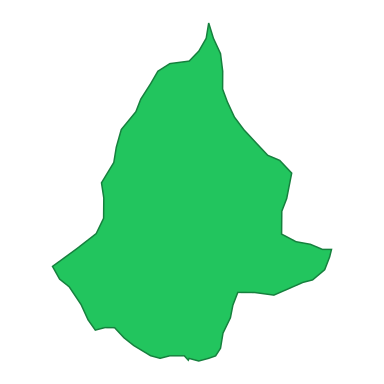 outline of Sohung, Hwanghae-bukto, North Korea
{"feature_id": "82179303B44729459459193", "entity_name": "Sohung", "entity_type": "district", "adm_level": 2, "iso_a3": "PRK", "parent_name": "North Korea", "parent_adm1": "Hwanghae-bukto", "projection": "albers", "projection_center": [126.204, 38.534], "detail": "fine", "context": "isolated", "style": "filled", "palette": "green", "viewbox_px": 384, "rotation_deg": 0, "n_neighbors": 0, "source": "geoboundaries", "source_scale": "gbopen_adm2", "svg_char_len": 940}
<svg xmlns="http://www.w3.org/2000/svg" viewBox="0 0 384 384"><path d="M331.5,249.4L322.4,249.4L310.4,244.3L296.0,241.7L281.6,234.1L281.7,221.4L281.8,211.2L286.7,198.5L290.9,177.1L291.7,173.1L279.7,160.4L267.7,155.3L255.8,142.6L243.9,129.8L234.4,117.1L227.3,101.8L222.6,89.1L222.7,71.3L220.5,53.6L213.4,38.3L208.7,23.0L206.2,38.3L198.9,51.0L189.2,61.1L169.9,63.6L157.9,71.2L150.6,83.8L140.8,99.1L135.9,111.7L121.3,129.5L120.7,131.6L116.3,147.2L113.8,162.5L101.5,182.8L103.8,198.0L103.6,218.3L96.2,233.6L76.8,248.7L52.5,266.4L59.6,279.1L69.2,286.8L81.1,304.6L88.1,319.9L95.3,330.1L104.9,327.6L114.6,327.7L124.1,337.9L133.7,345.5L150.5,355.7L160.1,358.3L169.8,355.8L184.3,355.8L188.3,360.2L189.1,358.4L198.7,361.0L208.4,358.4L215.6,355.9L220.5,348.3L223.0,333.1L230.4,317.8L232.9,305.1L237.8,292.4L254.7,292.5L273.9,295.1L302.9,282.4L312.6,279.9L324.7,269.7L329.6,257.0L331.5,249.4Z" fill="#22c55e" stroke="#15803d" stroke-width="1.5"/></svg>